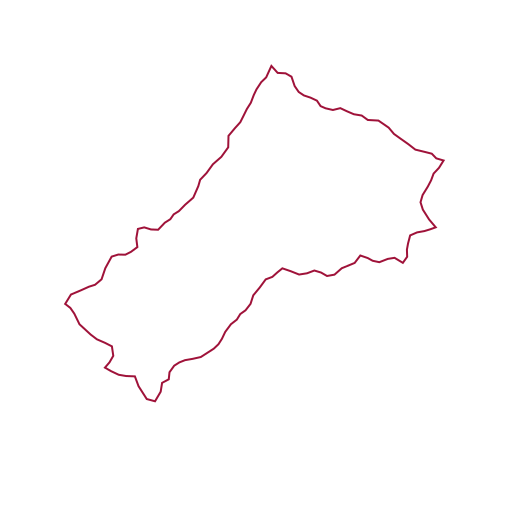 the district of Lupércio, São Paulo, Brazil, rotated 30°
{"feature_id": "56859067B18572891810080", "entity_name": "Lupércio", "entity_type": "district", "adm_level": 2, "iso_a3": "BRA", "parent_name": "Brazil", "parent_adm1": "São Paulo", "projection": "mercator", "projection_center": [-49.815, -22.439], "detail": "fine", "context": "isolated", "style": "outline", "palette": "rose", "viewbox_px": 512, "rotation_deg": 30, "n_neighbors": 0, "source": "geoboundaries", "source_scale": "gbopen_adm2", "svg_char_len": 1815}
<svg xmlns="http://www.w3.org/2000/svg" viewBox="0 0 512 512"><g transform="rotate(30 256 256)"><path d="M397.3,141.3L387.6,137.8L377.3,132.4L371.6,127.2L369.8,119.9L370.1,109.9L369.8,102.9L368.6,95.8L370.4,88.1L370.7,79.5L363.3,81.3L357.1,79.5L350.0,81.5L340.8,84.2L332.1,83.0L322.4,82.1L314.4,81.3L306.7,78.5L294.3,77.5L284.8,82.3L277.3,81.5L269.9,84.3L262.3,85.2L255.1,85.8L249.6,91.1L242.4,93.3L237.0,93.9L231.1,91.0L224.0,91.6L217.2,93.0L211.0,92.6L204.5,89.5L197.1,83.0L190.3,83.0L183.2,86.6L174.3,83.7L175.5,96.2L173.6,102.8L173.1,111.5L173.6,117.7L174.9,125.9L174.6,133.3L175.1,141.0L175.5,148.0L173.8,156.0L172.1,165.7L177.6,175.8L176.4,187.5L172.8,198.1L171.7,208.9L169.5,217.9L171.1,224.3L172.5,236.8L169.0,247.0L166.8,255.6L163.9,261.1L163.4,267.0L160.4,272.7L158.1,282.2L151.8,285.5L144.9,287.1L140.2,291.6L143.5,300.6L148.8,307.6L145.6,315.0L142.2,320.2L136.0,323.6L131.3,328.7L131.6,341.9L133.9,353.4L131.0,361.4L126.7,366.1L121.5,373.3L115.0,381.9L114.7,392.9L121.2,393.8L127.5,396.8L137.3,403.4L152.1,406.7L159.8,407.7L168.7,406.7L176.4,406.3L182.3,413.8L182.3,421.4L181.0,428.2L188.0,428.2L196.5,427.5L203.5,424.9L211.3,420.8L219.4,427.5L232.9,434.5L241.2,432.3L241.3,421.2L238.1,412.8L242.1,406.4L239.2,399.9L240.0,391.9L242.8,386.5L246.6,381.7L252.5,376.8L258.7,371.1L265.8,357.3L267.6,351.2L267.9,344.8L267.3,337.1L268.4,327.6L271.2,320.7L271.4,314.1L274.1,308.2L275.2,300.2L273.3,291.4L275.0,281.4L276.1,271.4L280.6,265.9L282.7,259.5L285.0,253.5L293.7,251.8L302.6,250.5L308.8,245.5L313.8,239.4L320.6,237.8L327.5,237.8L333.3,232.9L336.4,223.7L344.9,212.7L346.1,203.4L353.8,201.9L359.4,201.8L365.9,199.7L371.6,192.6L376.9,188.3L386.6,188.5L387.3,181.1L383.5,175.0L381.4,169.1L379.2,161.1L383.7,155.0L389.4,150.2L393.5,145.8L397.3,141.3Z" fill="none" stroke="#9f1239" stroke-width="2"/></g></svg>